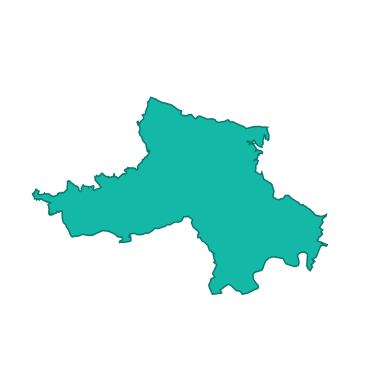 Caseiu, Cluj, Romania, rotated 294°
{"feature_id": "2599482B80732485367147", "entity_name": "Caseiu", "entity_type": "district", "adm_level": 2, "iso_a3": "ROU", "parent_name": "Romania", "parent_adm1": "Cluj", "projection": "mercator", "projection_center": [23.866, 47.234], "detail": "fine", "context": "isolated", "style": "filled", "palette": "teal", "viewbox_px": 384, "rotation_deg": 294, "n_neighbors": 0, "source": "geoboundaries", "source_scale": "gbopen_adm2", "svg_char_len": 6069}
<svg xmlns="http://www.w3.org/2000/svg" viewBox="0 0 384 384"><g transform="rotate(294 192 192)"><path d="M281.7,234.5L281.1,232.2L280.1,230.8L279.3,226.9L276.9,222.0L272.0,215.7L272.9,212.0L272.5,208.6L272.7,200.7L271.6,199.0L272.6,195.4L270.0,193.4L266.1,187.4L266.4,185.2L267.3,183.8L267.3,181.6L267.0,180.4L264.6,176.4L264.8,174.3L264.5,170.5L264.7,169.2L264.4,167.9L263.0,166.4L260.4,165.8L260.7,163.4L262.5,159.9L261.3,157.4L260.5,157.2L259.2,155.5L258.4,153.0L258.2,151.2L258.5,149.9L261.1,149.8L261.7,149.3L261.2,149.1L261.5,148.6L261.5,145.5L263.2,138.1L262.4,131.8L261.5,128.0L261.8,125.4L261.5,123.6L262.0,122.5L262.1,121.0L261.7,115.8L257.9,115.8L256.1,114.9L253.5,116.5L246.2,116.9L244.8,117.8L243.6,117.2L242.9,115.9L242.1,115.3L241.0,117.2L239.0,118.0L236.1,116.6L233.2,116.5L234.6,114.0L233.4,113.4L232.2,115.1L231.3,115.2L230.8,117.1L229.1,118.6L226.6,119.4L225.5,119.0L223.8,120.4L222.6,121.8L222.0,123.4L219.0,126.1L216.7,131.0L215.3,131.4L210.2,135.3L211.0,135.1L212.6,135.6L212.7,135.9L212.0,136.6L210.6,136.5L210.1,137.2L206.3,136.1L205.7,136.6L204.8,135.1L202.1,134.5L201.5,133.6L199.2,134.1L194.7,132.0L192.4,132.3L190.1,133.3L189.8,131.9L190.4,130.6L189.9,127.9L188.7,125.7L188.2,123.4L187.4,123.5L187.4,124.5L187.2,124.4L186.6,123.7L186.6,122.8L184.7,121.5L183.9,122.0L183.9,123.6L183.2,124.1L182.1,124.2L181.2,123.3L180.5,121.5L174.1,118.8L175.1,116.8L174.4,115.4L177.5,113.2L174.5,113.9L171.8,111.0L172.2,109.4L171.2,109.2L171.4,105.6L172.6,102.2L168.0,100.2L168.4,98.3L165.8,97.8L166.0,97.4L163.5,98.8L159.5,107.1L158.3,106.4L153.6,101.5L154.2,100.6L156.9,100.2L158.0,99.1L157.3,99.6L156.8,98.5L154.0,95.8L154.8,95.3L153.4,90.8L154.2,89.7L150.4,89.3L149.6,90.5L147.0,89.9L146.9,89.5L147.5,88.0L149.0,87.2L150.4,85.4L150.3,81.9L151.1,79.8L151.2,77.8L152.1,76.5L152.2,74.8L151.1,74.0L142.9,77.1L142.1,76.0L140.6,75.8L139.0,74.8L138.5,74.1L138.8,73.3L137.7,73.0L137.4,71.4L136.8,70.7L135.8,70.2L135.6,70.7L134.8,70.7L134.6,70.1L133.7,69.8L131.4,67.1L131.5,65.5L131.2,64.4L132.2,62.6L130.5,58.1L130.9,57.7L129.8,57.4L127.6,54.6L127.5,52.6L127.6,52.0L130.5,52.0L130.6,49.2L131.1,49.0L131.0,48.3L128.5,48.4L126.9,47.9L126.4,48.2L125.7,47.0L124.4,48.1L123.4,50.0L121.7,50.9L122.4,52.6L121.7,53.2L122.5,53.5L123.0,54.7L122.5,55.7L124.0,56.3L124.3,56.8L123.9,60.4L124.2,63.0L123.7,63.5L124.4,64.6L124.6,65.8L124.3,66.4L124.5,66.9L122.0,65.5L119.6,67.8L118.9,67.8L118.6,68.8L115.6,69.0L115.0,70.4L113.9,70.0L112.8,72.2L113.3,71.5L114.3,73.6L115.6,74.6L114.3,73.0L114.6,72.6L115.9,74.8L117.0,75.5L117.5,76.5L118.5,76.8L119.3,76.5L119.5,77.4L119.3,78.5L121.2,79.8L121.3,81.4L115.1,84.3L111.9,86.8L111.4,87.9L110.6,90.5L109.4,91.0L107.2,94.6L103.8,97.9L102.3,100.1L102.6,100.4L102.4,101.2L104.0,103.0L105.6,106.2L108.7,109.1L110.5,115.8L112.0,118.6L120.3,125.9L121.7,130.0L122.2,132.0L122.2,138.4L120.9,142.7L121.7,144.5L121.6,145.2L122.3,146.3L120.2,148.1L117.5,145.9L116.4,146.3L116.9,146.8L118.4,150.4L121.9,155.6L123.2,155.9L126.2,154.1L125.2,154.1L125.1,152.6L128.5,152.4L130.9,156.5L130.8,159.4L132.2,162.5L133.4,164.4L135.5,166.4L136.6,168.8L140.4,171.5L143.2,172.6L144.0,173.5L144.7,175.7L146.5,178.0L148.5,179.7L149.1,181.1L152.2,182.5L152.9,185.1L157.9,188.7L158.7,191.6L159.7,192.8L161.7,194.3L166.0,194.4L166.9,196.5L168.3,198.6L167.8,199.7L167.1,203.7L163.7,204.0L160.7,207.0L159.8,209.3L158.9,212.9L157.6,215.0L155.8,214.6L152.6,215.9L153.9,218.5L152.8,219.0L151.3,221.4L151.5,223.3L149.4,228.5L145.6,231.9L145.7,233.8L145.0,234.8L144.7,237.5L143.7,236.7L139.7,239.6L138.3,241.6L136.6,240.5L135.7,244.3L125.9,244.0L123.5,247.4L120.4,244.8L116.2,245.4L113.8,245.1L111.1,247.4L106.9,252.3L111.7,260.1L112.4,259.7L113.8,257.5L121.3,261.8L122.3,262.7L122.6,264.4L122.4,265.9L119.9,272.7L120.7,275.0L120.6,276.9L119.1,279.6L122.7,284.5L128.0,288.5L130.4,291.1L131.7,291.5L133.5,290.4L135.4,286.5L137.0,284.1L139.3,282.2L141.3,281.4L143.1,281.6L144.5,282.4L148.8,287.4L151.2,287.9L154.1,287.4L159.3,287.4L163.0,289.3L164.7,290.9L166.1,293.1L168.2,301.9L167.5,303.4L165.1,306.3L164.7,307.6L165.5,314.8L166.2,317.2L168.2,318.9L170.4,318.7L172.8,317.5L176.5,314.4L178.3,314.2L181.1,316.0L182.7,318.6L182.7,321.2L181.9,323.0L171.2,326.9L169.3,329.0L168.2,332.0L172.6,332.5L174.0,330.3L175.6,331.5L177.6,331.7L178.4,332.5L179.2,331.0L178.4,330.6L179.4,329.4L182.9,331.9L194.3,331.5L195.4,331.9L196.5,333.0L197.3,336.9L198.9,337.0L198.6,332.3L197.8,332.4L197.9,331.2L198.8,331.6L198.3,326.4L199.7,325.9L199.8,326.4L202.4,326.3L202.4,326.7L206.1,328.2L207.2,328.1L208.0,326.0L210.4,326.9L211.4,322.8L217.7,324.0L219.5,322.1L221.0,322.4L224.8,324.3L226.1,323.9L224.8,323.2L222.4,320.4L221.7,318.0L221.8,317.1L221.1,315.8L221.3,315.3L221.0,314.9L221.7,312.2L222.7,311.1L222.9,309.5L223.6,308.2L223.5,307.7L224.1,306.9L224.2,304.0L224.8,302.9L225.0,300.2L225.6,298.5L224.7,297.4L224.6,295.5L225.7,293.7L225.9,290.0L226.4,288.3L226.3,287.0L226.8,285.8L226.9,284.1L227.5,283.4L228.2,281.5L226.7,278.6L223.5,278.1L222.2,276.8L221.7,275.6L220.3,274.7L219.7,272.0L220.3,270.4L220.0,269.1L220.4,267.9L226.1,266.5L231.5,261.8L232.4,257.0L232.9,252.4L238.5,247.7L236.2,247.7L235.5,246.1L235.4,245.3L236.3,243.8L236.3,241.3L238.9,241.1L240.0,240.2L240.2,240.4L242.1,239.5L244.1,240.1L247.6,239.7L248.0,238.0L247.1,236.6L246.0,235.9L247.0,235.7L248.4,237.8L248.7,237.5L249.5,237.9L251.0,237.4L251.6,237.7L252.9,237.2L253.1,238.3L253.7,238.2L253.5,236.6L254.6,238.2L255.1,238.4L255.4,239.6L256.6,239.8L256.3,240.4L257.1,240.1L257.0,239.6L257.4,239.2L257.6,238.3L257.3,235.5L256.7,234.9L256.9,234.6L255.2,233.4L257.6,233.3L260.0,229.5L260.1,228.7L261.4,229.0L261.2,227.8L260.6,227.1L260.8,226.4L260.7,225.5L258.6,225.5L258.6,225.0L261.0,224.2L260.5,223.3L260.3,221.9L260.7,221.9L261.3,222.0L261.2,226.4L261.6,225.8L262.9,227.3L264.7,226.7L264.0,227.4L264.5,228.1L262.5,230.1L261.4,233.4L261.0,235.4L261.4,237.7L262.8,236.6L264.5,237.4L266.3,236.8L267.4,235.9L273.8,235.0L273.4,236.3L270.4,237.6L270.6,238.8L270.0,240.6L271.3,240.8L275.5,238.9L278.4,236.0L279.8,235.5L280.3,234.4L281.2,234.1L281.7,234.5Z" fill="#14b8a6" stroke="#0f766e" stroke-width="1.5"/></g></svg>